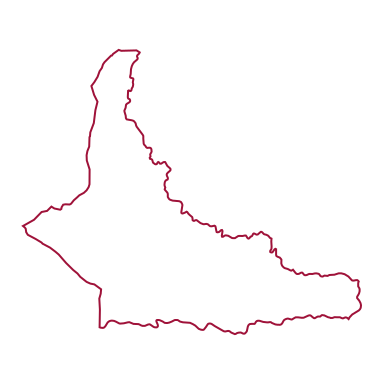 Sanarate, El Progreso, Guatemala, rotated 180°
{"feature_id": "79465075B63820217074048", "entity_name": "Sanarate", "entity_type": "district", "adm_level": 2, "iso_a3": "GTM", "parent_name": "Guatemala", "parent_adm1": "El Progreso", "projection": "robinson", "projection_center": [-90.277, 14.777], "detail": "fine", "context": "isolated", "style": "outline", "palette": "rose", "viewbox_px": 384, "rotation_deg": 180, "n_neighbors": 0, "source": "geoboundaries", "source_scale": "gbopen_adm2", "svg_char_len": 5902}
<svg xmlns="http://www.w3.org/2000/svg" viewBox="0 0 384 384"><g transform="rotate(180 192 192)"><path d="M25.3,102.5L25.9,103.3L26.8,103.9L27.8,103.9L30.3,103.4L31.7,103.5L32.2,103.8L35.6,107.5L39.4,109.8L42.8,110.7L45.2,110.7L49.6,109.3L54.6,109.0L56.4,108.1L59.6,108.4L61.2,107.5L62.1,107.5L63.0,107.7L63.6,108.1L64.8,109.8L65.5,110.2L67.4,110.6L69.0,110.6L71.7,110.0L74.1,110.1L75.3,109.9L77.2,109.0L78.2,108.8L79.1,108.8L79.9,109.2L81.6,111.3L82.2,111.4L83.0,111.3L85.2,110.1L86.7,110.0L87.5,110.2L88.6,111.2L91.0,114.3L92.5,113.4L93.4,113.5L96.2,115.0L99.3,115.9L100.2,116.5L101.5,117.8L102.2,119.0L102.7,120.6L102.6,123.4L102.6,124.4L103.0,125.0L104.2,126.4L106.5,127.3L107.3,127.8L107.7,128.2L107.9,129.2L107.9,134.8L108.7,135.2L109.5,134.6L111.4,131.9L112.1,131.5L113.0,131.6L113.8,132.1L113.8,133.0L113.4,133.8L112.8,134.5L112.5,135.7L112.4,137.6L112.7,142.4L112.5,145.4L114.1,146.2L115.2,147.6L116.0,148.4L117.6,149.2L119.6,149.7L120.2,150.0L121.8,151.7L122.4,152.1L123.3,152.1L126.3,149.5L127.6,149.4L129.5,150.4L130.3,150.5L130.8,150.2L131.9,148.1L132.7,147.5L133.4,147.4L134.5,146.0L135.3,145.4L135.9,145.5L136.6,146.1L137.5,147.6L138.2,148.5L139.1,148.5L141.5,148.0L145.0,148.1L145.9,147.9L149.0,145.9L149.8,145.9L151.3,145.9L152.0,146.0L155.7,148.2L157.8,148.6L158.5,148.6L159.6,148.3L160.5,147.5L161.3,147.2L162.0,147.3L162.2,148.2L161.5,152.6L161.6,153.3L162.0,154.0L162.8,153.9L164.7,152.2L165.4,151.9L166.3,151.7L167.3,151.9L167.7,153.2L168.4,157.0L168.7,157.8L169.6,158.3L172.3,157.7L173.7,157.8L174.3,158.1L176.1,159.7L177.1,160.0L177.9,160.1L179.8,159.8L180.7,159.8L183.5,160.9L187.3,163.8L187.9,163.9L188.8,163.7L189.6,163.2L190.6,163.2L191.4,163.9L191.5,165.8L191.8,166.9L194.5,169.2L195.7,170.4L196.7,171.9L197.4,172.3L199.2,171.3L201.0,170.6L201.8,170.5L202.6,171.1L202.7,171.9L201.6,178.7L201.7,179.6L202.6,181.4L203.2,182.1L204.8,182.8L211.4,183.4L214.0,184.3L214.8,184.9L215.8,186.3L216.2,187.1L216.2,190.1L216.6,191.3L218.7,193.7L219.3,194.5L219.1,195.5L218.7,196.4L219.4,198.3L219.5,199.6L219.2,201.8L218.9,202.5L218.4,203.3L217.9,203.8L216.5,204.4L216.1,205.2L216.2,206.3L217.1,208.2L217.3,209.3L217.1,210.2L216.2,211.3L213.8,213.4L213.5,214.0L213.5,215.0L214.1,215.8L216.7,218.1L218.8,221.9L219.9,222.0L220.8,221.7L222.7,220.4L223.4,220.3L224.1,220.4L225.0,221.6L225.8,222.0L226.5,221.4L227.0,220.2L227.6,219.8L228.4,219.7L229.2,220.0L229.9,220.6L230.5,220.9L231.1,221.7L231.5,223.3L231.9,224.3L232.5,224.8L234.0,225.2L234.3,226.2L233.5,227.5L233.8,229.5L233.4,230.5L232.8,231.3L232.4,232.5L232.6,234.6L232.9,235.5L233.6,236.1L234.6,236.3L236.7,236.1L237.2,236.3L237.8,236.8L238.7,238.2L239.9,239.4L240.3,240.3L240.7,245.2L240.7,247.7L240.8,248.4L241.5,249.5L247.4,257.4L248.0,258.9L248.2,260.0L248.5,260.9L249.8,262.6L250.6,263.2L252.1,263.7L257.2,264.6L257.8,265.3L258.1,266.0L258.3,268.3L259.5,272.3L259.6,273.4L258.4,276.2L258.0,279.0L257.8,279.5L257.1,280.2L254.5,281.8L253.9,282.8L253.9,283.8L254.3,284.7L255.8,285.5L256.1,286.2L256.2,287.1L255.9,293.2L255.1,293.6L253.9,292.9L253.1,293.1L252.5,294.0L252.3,295.4L251.2,297.3L250.9,298.8L250.8,299.9L251.2,301.7L250.6,304.9L251.0,305.6L253.5,306.3L253.9,306.9L253.8,307.9L253.3,310.0L253.0,314.8L252.2,317.8L251.2,320.0L250.0,321.7L247.0,324.3L246.4,325.1L246.3,326.0L246.8,327.0L247.0,327.9L246.6,328.8L244.8,330.5L244.3,331.6L247.5,333.6L262.7,333.2L265.3,334.1L270.9,330.1L272.0,328.5L272.9,328.4L279.5,321.8L281.0,319.6L282.1,316.1L284.4,312.8L286.4,307.2L289.7,301.8L292.6,298.0L289.9,289.1L286.5,282.3L288.6,273.8L290.2,260.9L293.7,251.6L294.0,247.7L294.5,246.9L294.8,237.4L296.6,232.9L297.4,228.8L297.2,223.5L294.4,214.6L294.5,199.7L295.4,196.8L297.4,193.7L300.2,191.1L304.7,188.7L306.9,186.6L310.2,183.7L312.9,180.3L314.3,179.5L318.6,179.7L320.8,179.3L322.4,176.7L322.7,175.0L323.8,174.3L329.6,175.5L332.6,177.4L336.9,173.1L342.4,172.0L350.0,164.2L361.0,158.0L359.2,156.5L358.3,155.3L357.8,151.8L356.2,149.2L348.5,145.1L342.5,141.5L341.4,140.3L334.0,136.4L328.6,132.3L325.3,129.5L318.0,121.1L310.8,114.0L306.5,110.5L303.7,107.1L297.4,102.1L293.6,100.4L289.6,99.6L282.9,94.7L283.3,90.3L284.7,85.4L284.1,74.5L284.4,56.7L283.2,56.3L281.3,56.1L280.6,56.2L279.9,56.5L278.7,57.7L276.3,61.6L274.7,62.8L273.5,63.2L272.1,63.4L269.9,63.1L268.2,62.4L264.8,60.6L263.9,60.4L260.2,60.7L256.0,61.7L254.6,61.8L250.5,60.1L245.6,59.9L244.5,59.5L242.9,58.6L241.4,58.1L239.5,58.1L238.9,58.2L235.9,59.5L234.5,59.7L233.9,59.5L230.4,57.1L229.3,56.7L227.8,56.6L227.1,56.7L226.2,57.5L226.1,58.6L226.3,59.5L227.6,62.5L227.6,63.5L227.0,64.0L225.4,64.0L224.3,63.8L221.3,62.5L219.4,61.2L217.9,61.0L216.7,61.0L214.8,61.4L212.3,62.4L209.4,63.9L208.7,64.0L206.8,64.0L206.2,63.9L203.9,62.4L201.1,61.7L194.0,61.2L191.2,59.9L188.7,58.4L185.3,55.2L183.3,54.4L181.7,54.1L181.0,54.1L180.3,54.3L179.8,54.8L178.2,56.8L176.2,59.8L175.7,60.2L174.7,60.5L173.3,60.4L172.3,60.0L169.2,57.9L160.3,52.8L158.9,52.5L155.9,53.1L154.5,52.8L152.7,51.4L149.2,49.9L148.3,50.1L146.8,51.0L145.1,51.4L143.2,51.5L140.8,50.4L139.9,50.3L139.2,50.5L138.7,50.9L137.6,52.1L137.1,53.0L136.2,57.3L135.8,58.3L135.3,59.1L134.3,59.9L133.6,60.0L132.6,60.1L129.5,60.1L129.0,60.5L128.1,62.1L127.3,62.9L126.0,63.3L124.4,63.2L120.9,62.1L117.6,61.7L116.0,61.6L114.4,61.9L113.3,61.9L112.0,61.0L108.7,59.6L106.8,59.3L104.0,59.2L102.7,59.7L101.8,60.7L100.4,63.3L99.6,64.2L98.0,65.0L96.6,65.4L95.9,65.4L92.6,64.5L91.9,64.6L89.8,65.9L88.3,66.7L86.2,66.7L82.1,66.2L80.3,66.3L75.9,68.3L74.7,68.7L73.9,68.7L72.9,68.2L71.6,67.0L70.1,65.9L69.2,65.8L67.0,67.1L66.0,67.5L63.8,67.5L62.4,68.7L61.9,68.9L59.7,68.6L56.0,66.8L54.2,66.4L53.3,66.0L51.4,66.1L49.6,66.8L44.0,66.7L42.3,65.9L41.1,65.6L38.7,66.6L37.7,66.5L36.6,66.0L35.4,64.9L34.4,66.7L31.8,69.5L25.1,73.6L24.0,74.8L23.3,76.2L23.0,78.5L23.1,79.3L23.5,80.9L24.8,83.4L26.8,85.8L26.9,86.6L26.8,87.4L25.5,89.5L24.9,90.8L24.4,92.8L24.4,94.9L24.7,95.8L25.8,97.6L25.8,101.0L25.3,102.5Z" fill="none" stroke="#9f1239" stroke-width="2"/></g></svg>